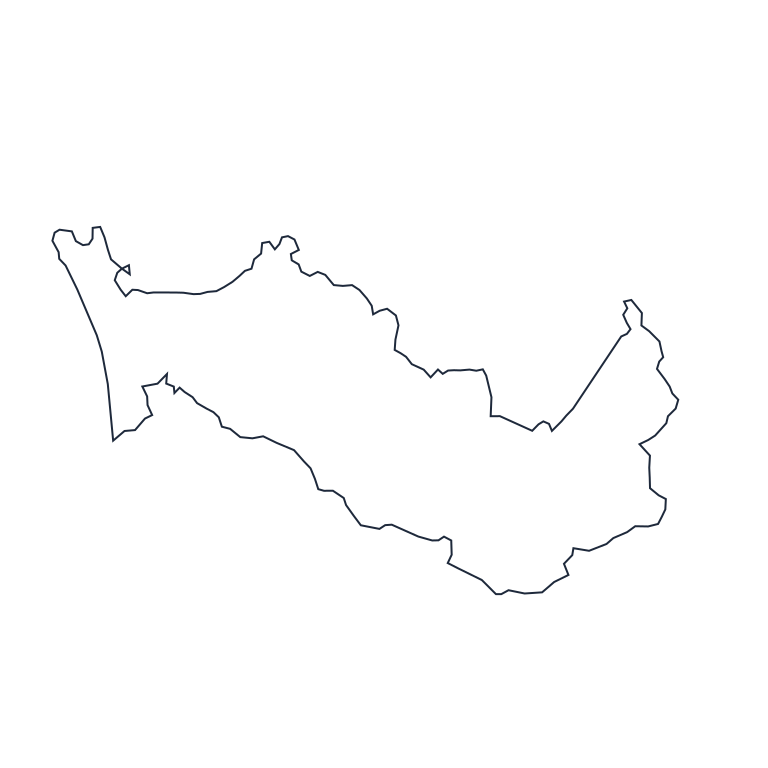 Turuçu, Rio Grande do Sul, Brazil (Natural Earth projection), rotated 162°
{"feature_id": "56859067B67452973684728", "entity_name": "Turuçu", "entity_type": "district", "adm_level": 2, "iso_a3": "BRA", "parent_name": "Brazil", "parent_adm1": "Rio Grande do Sul", "projection": "natural_earth1", "projection_center": [-52.15, -31.488], "detail": "fine", "context": "isolated", "style": "outline", "palette": "slate", "viewbox_px": 768, "rotation_deg": 162, "n_neighbors": 0, "source": "geoboundaries", "source_scale": "gbopen_adm2", "svg_char_len": 2567}
<svg xmlns="http://www.w3.org/2000/svg" viewBox="0 0 768 768"><g transform="rotate(162 384 384)"><path d="M597.6,574.7L605.1,586.9L605.1,596.9L604.5,609.9L605.4,621.1L612.8,622.5L616.3,612.3L621.6,608.1L627.4,609.1L632.9,615.1L633.7,625.6L644.9,631.0L650.5,629.7L655.1,622.7L652.7,609.9L654.2,603.4L650.2,595.1L646.5,568.7L642.1,519.1L642.4,502.0L646.7,469.3L659.1,413.8L645.3,419.5L635.0,417.1L622.0,425.0L614.1,426.1L615.4,437.0L613.1,445.4L614.6,456.3L599.3,454.3L587.3,460.6L591.0,451.7L584.7,446.5L586.1,440.2L579.5,443.7L576.1,438.0L570.1,430.6L567.7,423.6L560.4,415.5L554.9,409.9L551.4,403.4L551.4,393.5L544.2,388.9L537.1,377.9L525.9,373.0L515.1,371.6L504.3,361.2L490.0,348.9L484.1,335.2L479.9,326.5L479.0,315.1L479.0,304.3L474.1,301.0L465.6,298.3L457.5,288.0L457.5,280.6L453.5,268.0L449.7,256.8L433.1,247.6L426.5,249.4L420.1,247.8L398.5,228.3L386.5,220.3L380.5,218.5L374.1,220.3L368.4,214.4L372.4,200.7L378.7,194.0L370.2,185.5L351.5,167.3L342.5,149.6L337.4,147.9L329.3,149.4L315.0,141.3L298.0,137.0L283.4,143.1L267.6,145.4L268.4,157.4L257.8,163.1L254.6,169.3L240.5,162.0L221.8,163.1L213.5,166.6L198.5,168.0L189.0,171.1L176.8,166.9L166.6,166.2L160.9,171.8L155.2,177.8L151.5,187.5L157.2,193.3L163.2,202.7L160.2,212.9L157.6,222.4L153.2,233.7L159.6,247.8L150.0,249.1L142.0,251.2L127.6,259.5L123.9,265.6L114.2,270.5L109.0,278.1L112.7,285.9L113.1,293.3L115.6,302.1L119.7,314.0L115.3,320.3L110.2,323.2L109.9,329.6L108.9,339.3L115.5,352.3L121.1,360.1L116.8,371.8L122.8,387.5L130.2,388.2L129.2,380.8L135.1,375.9L134.2,367.1L132.6,360.0L137.5,356.6L143.7,355.9L211.9,302.1L220.4,297.6L226.8,293.6L238.8,287.5L239.4,295.1L244.0,299.2L249.5,297.9L257.5,293.7L283.7,317.6L292.5,320.4L285.9,338.2L284.2,360.4L285.5,367.4L292.1,368.1L298.3,371.3L307.3,373.4L313.2,375.5L318.9,377.0L325.0,375.5L328.2,381.1L337.6,375.9L341.8,385.4L351.4,394.2L354.6,403.0L358.7,408.2L363.3,413.1L359.4,422.7L352.1,435.3L351.5,445.5L357.8,454.6L365.5,455.0L372.8,453.6L371.5,462.2L373.9,470.7L378.3,481.0L383.8,487.9L392.8,490.0L401.2,493.6L406.1,505.9L412.4,511.1L421.2,509.7L427.9,516.4L428.2,524.1L433.5,530.1L432.4,536.4L423.6,537.8L424.5,549.1L429.6,554.3L435.7,555.0L440.2,549.4L446.2,545.8L449.1,554.7L456.3,555.7L460.6,546.0L469.0,542.7L474.4,534.6L481.3,534.6L487.9,531.5L496.5,528.0L506.1,525.6L514.7,524.1L523.3,526.1L531.0,526.5L537.3,528.3L546.6,532.8L553.9,535.4L575.0,542.3L581.2,543.5L589.0,549.4L594.2,551.4L602.5,547.3L605.3,555.0L608.0,565.9L603.3,572.2L597.6,574.7ZM597.6,574.7L591.9,566.9L589.9,575.8L597.6,574.7Z" fill="none" stroke="#1e293b" stroke-width="2"/></g></svg>